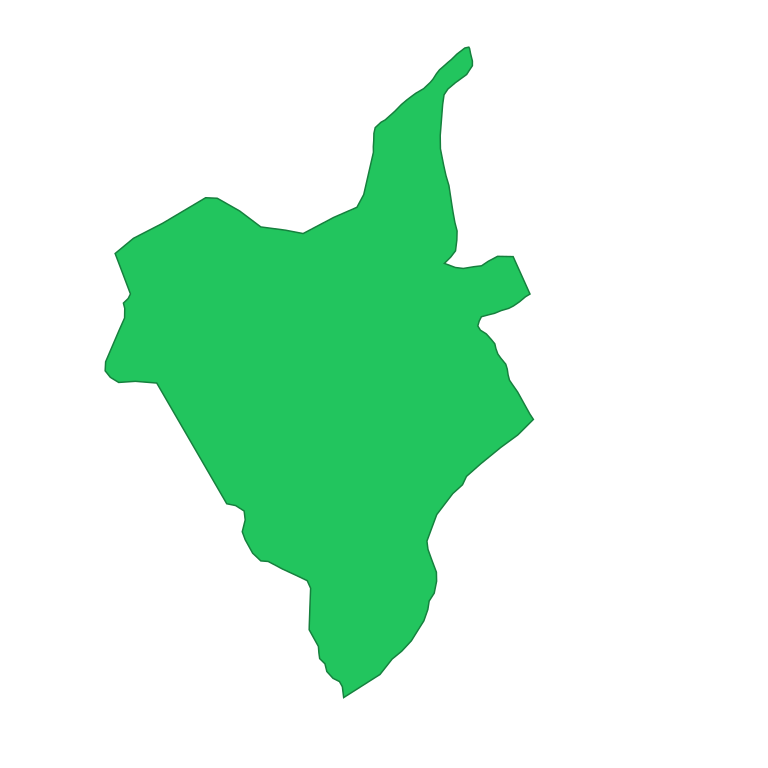 Abba, Nana-Mambéré, Central African Republic, rotated 61°
{"feature_id": "33826404B97851482460311", "entity_name": "Abba", "entity_type": "district", "adm_level": 2, "iso_a3": "CAF", "parent_name": "Central African Republic", "parent_adm1": "Nana-Mambéré", "projection": "natural_earth1", "projection_center": [15.206, 5.282], "detail": "fine", "context": "isolated", "style": "filled", "palette": "green", "viewbox_px": 768, "rotation_deg": 61, "n_neighbors": 0, "source": "geoboundaries", "source_scale": "gbopen_adm2", "svg_char_len": 2054}
<svg xmlns="http://www.w3.org/2000/svg" viewBox="0 0 768 768"><g transform="rotate(61 384 384)"><path d="M468.3,580.9L479.0,577.5L483.1,571.3L496.8,562.4L508.1,554.1L518.8,546.5L527.1,547.2L543.1,556.9L559.1,566.5L562.7,568.6L578.1,568.6L581.7,568.6L587.6,571.3L593.0,573.4L600.1,571.3L607.8,573.4L616.7,571.3L622.7,567.2L628.6,567.2L638.7,571.3L636.1,528.3L628.5,510.2L626.3,498.1L621.9,484.6L615.6,473.3L610.5,464.0L602.5,455.0L595.7,449.7L591.3,441.5L582.0,433.6L574.0,429.4L560.4,427.4L549.9,425.7L542.2,422.6L523.8,401.2L513.2,377.0L510.2,364.2L504.8,356.7L500.7,338.2L496.1,312.7L493.4,291.6L487.4,270.5L480.9,271.0L471.6,271.0L466.5,271.0L461.9,271.0L455.8,271.0L447.1,271.9L441.5,272.4L436.1,271.0L430.8,269.0L425.7,267.9L418.1,269.3L413.0,269.9L407.4,269.0L402.6,267.6L397.5,268.5L389.9,270.2L383.6,273.6L378.7,273.8L375.1,270.2L372.4,266.2L374.4,258.1L375.8,253.0L376.6,245.9L378.3,238.3L378.5,233.0L377.8,225.7L376.3,218.0L376.1,212.7L335.2,209.3L327.4,222.8L327.2,233.3L327.9,241.4L325.0,248.5L321.4,258.6L316.7,265.1L307.8,272.7L305.3,264.0L302.2,256.9L293.4,250.5L285.6,245.9L277.1,243.7L267.1,240.3L258.6,237.2L241.9,231.0L231.9,228.8L221.4,225.7L205.6,220.6L194.0,214.4L168.0,197.2L160.2,191.3L157.0,185.1L155.1,175.5L153.4,161.7L151.4,158.0L148.5,152.4L144.4,150.1L137.3,148.2L132.0,146.5L130.5,146.5L129.3,150.4L130.8,160.3L132.9,167.9L133.7,172.1L135.4,179.7L136.1,183.1L138.0,187.6L141.2,193.5L142.7,197.5L144.9,206.2L145.1,215.2L145.8,220.6L146.6,226.2L148.0,233.3L150.7,242.3L153.6,255.0L153.6,259.7L155.5,267.4L159.9,271.3L166.2,275.0L171.3,278.3L176.2,280.9L208.5,309.9L216.3,322.0L213.9,347.4L213.2,381.8L201.7,395.6L186.9,415.6L162.8,426.3L140.7,439.8L134.6,449.7L135.6,482.9L136.1,499.8L135.1,532.5L139.5,555.9L161.1,559.0L182.3,562.1L185.2,566.3L186.9,572.7L192.2,574.1L200.5,578.9L208.8,589.9L229.6,616.7L237.3,621.5L245.6,620.1L254.0,615.3L261.1,600.2L273.0,582.3L412.5,579.6L418.4,572.7L427.3,567.9L435.6,571.3L444.5,579.6L452.9,580.9L464.1,580.9L468.3,580.9Z" fill="#22c55e" stroke="#15803d" stroke-width="1.5"/></g></svg>